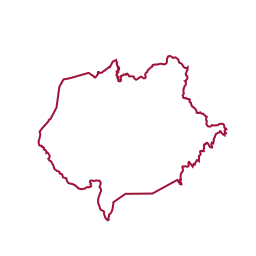 Campo Formoso, Bahia, Brazil (Robinson projection), rotated 145°
{"feature_id": "56859067B18593931562770", "entity_name": "Campo Formoso", "entity_type": "district", "adm_level": 2, "iso_a3": "BRA", "parent_name": "Brazil", "parent_adm1": "Bahia", "projection": "robinson", "projection_center": [-40.821, -10.26], "detail": "fine", "context": "isolated", "style": "outline", "palette": "rose", "viewbox_px": 256, "rotation_deg": 145, "n_neighbors": 0, "source": "geoboundaries", "source_scale": "gbopen_adm2", "svg_char_len": 5735}
<svg xmlns="http://www.w3.org/2000/svg" viewBox="0 0 256 256"><g transform="rotate(145 128 128)"><path d="M203.9,172.6L207.3,169.5L208.9,168.4L210.2,166.0L210.6,164.7L210.1,163.8L209.6,163.3L209.1,163.2L208.9,162.6L209.2,161.6L208.8,161.0L208.3,160.7L208.1,160.1L209.1,158.9L209.1,158.4L208.8,157.8L208.3,157.5L208.3,156.2L208.8,154.8L209.1,154.4L208.2,154.4L207.9,153.2L208.0,151.1L208.4,149.5L209.5,148.8L210.9,148.6L211.1,147.3L210.8,146.0L210.2,145.1L210.3,142.7L210.6,141.9L210.5,140.4L211.7,137.1L211.6,135.8L211.3,135.5L210.9,133.6L209.9,132.5L209.3,131.3L209.8,130.7L210.0,130.0L209.6,129.2L208.6,128.0L208.9,127.5L208.8,126.7L209.4,125.5L209.5,124.8L207.3,122.0L207.7,121.6L207.9,120.9L208.2,120.4L208.5,117.5L207.6,116.0L206.8,115.2L205.9,114.0L205.2,113.6L204.9,112.2L204.0,111.2L203.9,110.5L204.0,109.8L203.2,108.1L203.4,107.3L203.2,106.7L202.3,106.0L202.1,105.4L201.5,104.9L200.4,104.1L199.5,103.9L198.1,103.1L195.6,103.1L194.7,102.5L194.1,101.8L192.1,101.3L191.5,101.6L191.1,102.1L191.2,103.2L190.2,103.9L190.2,104.5L190.4,105.2L189.4,106.3L188.8,106.3L188.1,106.0L187.5,105.6L186.4,104.1L185.6,103.9L183.8,103.1L183.1,102.2L181.6,101.2L181.5,100.6L181.9,98.7L182.3,98.1L183.7,97.0L184.9,96.4L185.1,95.7L185.1,94.1L186.0,92.0L186.5,91.6L188.1,90.8L189.6,89.6L191.1,88.7L192.1,87.7L192.8,87.4L194.8,84.8L195.7,83.0L196.1,81.2L196.1,80.4L197.0,78.6L197.2,77.3L197.1,76.4L195.9,74.3L195.7,73.7L195.7,73.0L196.1,72.3L196.8,71.7L198.0,67.8L198.0,66.2L197.6,64.8L197.6,64.1L196.4,64.0L196.4,64.5L195.9,65.0L195.3,66.0L193.9,66.6L193.7,67.3L193.1,67.9L191.8,68.0L190.0,68.5L187.6,70.1L186.2,71.6L185.7,71.9L184.8,73.1L183.4,74.3L183.0,75.2L182.5,75.6L167.8,75.5L145.6,60.3L117.5,57.2L117.4,53.5L117.6,52.4L116.9,51.4L116.5,51.2L116.0,52.2L115.9,53.7L115.6,55.4L115.2,56.1L114.5,55.9L114.1,55.5L112.9,58.0L111.9,59.1L110.7,60.2L109.9,60.6L108.6,61.0L107.7,61.4L106.9,62.3L106.0,64.5L105.6,65.1L105.0,65.1L104.7,64.6L104.0,64.3L102.7,63.5L101.7,62.3L100.7,62.0L100.1,62.2L99.0,63.8L98.6,64.7L98.1,65.2L97.6,65.3L97.3,64.9L97.3,64.0L97.2,59.3L94.8,60.9L94.3,59.7L92.5,61.0L91.2,61.4L90.6,61.9L90.0,62.2L89.6,61.8L89.0,60.1L86.7,63.1L86.4,63.9L85.7,64.5L85.0,64.3L83.7,64.8L83.2,65.3L83.0,66.2L82.6,67.2L82.2,67.5L81.5,67.5L81.1,67.0L79.9,66.4L79.7,65.7L79.2,65.5L78.7,66.6L77.7,67.7L77.2,67.8L76.5,68.9L76.3,69.6L75.5,70.0L75.2,70.7L74.4,70.8L73.9,70.3L73.2,70.4L72.7,70.8L72.0,70.8L71.5,70.3L71.5,68.6L71.8,65.6L71.6,65.0L70.4,63.8L69.6,64.5L69.1,67.0L67.7,67.9L67.0,66.6L66.5,67.2L65.4,67.8L65.1,68.7L64.7,69.2L64.1,69.5L63.5,70.2L63.0,70.5L61.8,70.8L61.4,71.4L59.2,72.7L55.4,72.0L54.4,72.6L54.1,72.1L54.2,70.2L53.9,68.5L53.1,66.7L52.5,67.9L51.9,68.0L50.8,67.4L50.6,67.9L51.0,69.3L50.7,70.1L50.0,70.6L49.4,70.8L48.9,70.5L48.1,70.5L48.0,71.2L48.6,71.7L48.8,73.1L48.4,73.6L47.6,75.7L47.7,76.4L48.1,77.1L49.4,78.1L50.6,78.8L51.2,78.9L51.9,78.7L53.4,79.1L55.6,80.5L56.2,80.7L57.7,82.3L58.3,81.9L59.7,81.9L61.4,83.3L61.7,85.0L61.5,86.5L59.9,87.9L59.4,88.6L59.4,89.9L57.8,91.7L57.1,92.0L57.6,93.0L58.3,96.7L59.0,97.0L59.5,97.6L59.9,99.5L61.2,99.5L61.8,100.0L62.1,100.4L62.7,100.6L63.0,101.2L62.1,102.9L61.9,104.6L62.1,106.4L62.6,107.1L62.6,107.9L62.8,108.5L63.2,109.0L62.7,110.6L62.7,111.3L61.9,112.4L62.6,113.8L62.5,114.4L61.2,115.5L61.1,116.2L61.5,116.9L62.5,117.4L63.0,118.1L63.0,118.9L63.5,119.5L64.1,119.5L65.2,120.7L65.3,121.4L64.8,122.1L64.6,123.3L63.9,123.8L62.7,124.0L62.2,124.7L61.7,126.2L60.8,127.2L60.5,127.7L59.9,127.9L59.7,128.5L58.4,129.2L57.7,129.9L56.7,130.0L55.9,130.3L55.4,130.9L54.7,131.7L54.4,132.3L54.4,133.6L53.9,133.3L53.5,133.3L52.7,134.0L51.3,134.3L50.3,135.3L49.8,136.3L49.9,137.1L50.3,137.7L49.9,138.2L49.6,139.4L48.1,140.2L47.1,141.1L46.3,141.2L44.8,142.8L44.3,143.5L45.5,143.4L46.0,143.6L47.0,144.9L47.5,146.6L47.2,147.8L47.3,150.2L47.6,150.8L48.4,151.7L48.4,152.3L48.3,153.6L47.7,154.3L47.7,156.1L48.3,157.6L48.4,158.3L49.2,159.1L50.6,159.4L51.1,159.8L51.3,160.3L51.3,161.0L51.9,162.3L52.4,163.0L53.8,163.6L54.4,163.6L54.8,163.1L55.8,162.7L56.3,162.2L57.5,161.1L57.7,160.4L58.2,159.9L59.6,158.9L60.1,158.9L61.5,159.4L62.3,159.5L62.6,160.2L64.0,161.6L65.3,162.4L66.9,162.8L68.0,163.7L68.9,163.9L70.1,164.9L71.6,165.4L72.2,165.2L72.5,164.5L73.0,164.4L75.4,164.5L76.8,164.1L78.1,164.1L78.7,164.0L79.7,163.1L80.5,162.8L81.3,162.9L81.9,162.8L83.0,162.2L83.7,161.3L83.9,160.1L84.2,159.6L84.9,159.2L85.4,159.1L86.1,159.3L87.0,160.1L87.4,162.0L88.1,162.6L88.8,162.9L89.4,162.7L92.1,162.7L93.7,162.9L94.3,164.7L94.3,165.5L93.8,166.3L93.9,167.1L95.2,168.0L95.7,168.5L97.0,169.2L97.4,169.8L97.5,170.3L97.1,171.1L97.6,173.1L98.8,173.4L99.1,172.9L100.2,173.8L101.1,174.3L101.8,174.0L102.4,174.1L102.9,174.5L103.4,174.4L104.0,174.6L104.5,174.3L104.7,173.5L105.4,173.3L106.0,172.3L105.9,171.6L106.7,171.1L107.1,170.6L108.2,171.1L108.8,171.7L108.9,172.3L107.9,173.2L108.1,173.8L107.9,175.2L107.5,175.8L107.0,175.3L106.6,175.5L107.2,176.5L107.1,177.1L107.2,177.7L106.9,178.2L106.3,178.1L105.1,179.0L105.6,179.2L105.3,180.1L105.0,180.6L103.7,179.8L103.6,180.9L103.0,180.8L102.5,180.9L102.2,181.6L101.6,181.3L100.8,182.3L100.8,182.9L101.3,182.6L101.8,182.9L101.3,183.5L101.1,184.3L101.2,184.9L100.9,185.3L101.0,185.9L100.7,186.4L100.4,187.2L99.6,187.5L99.5,188.2L99.1,188.8L99.3,189.7L98.8,190.5L102.4,191.1L108.0,188.2L108.4,188.8L108.9,188.9L110.7,188.4L112.3,188.8L113.3,188.4L116.2,188.6L117.3,188.3L118.3,188.6L119.4,189.3L119.8,189.9L119.8,190.7L120.6,191.0L121.0,190.6L121.2,189.9L121.7,189.3L122.5,189.2L124.7,188.3L125.9,188.2L126.3,188.5L126.5,189.0L126.4,190.3L127.6,192.7L128.4,195.3L128.8,195.8L147.3,202.2L153.0,204.8L160.6,201.1L174.9,185.7L186.6,179.7L187.2,180.0L188.4,180.0L189.1,179.3L189.8,179.0L198.4,177.0L202.6,175.6L203.0,174.1L203.9,172.6Z" fill="none" stroke="#9f1239" stroke-width="2"/></g></svg>